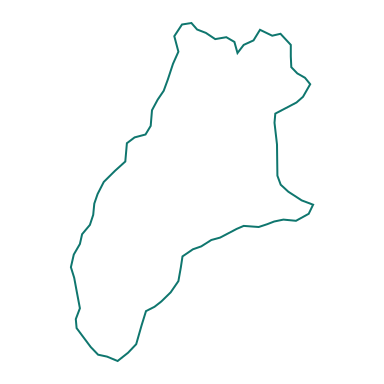 the district of Canitar, São Paulo, Brazil
{"feature_id": "56859067B3303827607689", "entity_name": "Canitar", "entity_type": "district", "adm_level": 2, "iso_a3": "BRA", "parent_name": "Brazil", "parent_adm1": "São Paulo", "projection": "natural_earth1", "projection_center": [-49.789, -23.022], "detail": "fine", "context": "isolated", "style": "outline", "palette": "teal", "viewbox_px": 384, "rotation_deg": 0, "n_neighbors": 0, "source": "geoboundaries", "source_scale": "gbopen_adm2", "svg_char_len": 1081}
<svg xmlns="http://www.w3.org/2000/svg" viewBox="0 0 384 384"><path d="M260.0,29.8L253.5,40.4L243.7,44.9L237.5,53.0L234.4,41.9L226.3,37.2L215.2,39.1L205.9,32.9L197.1,29.5L191.4,23.0L182.0,24.5L174.3,36.2L178.4,51.7L173.0,63.8L167.8,79.6L163.7,90.8L157.7,99.6L152.0,110.2L150.7,125.9L145.5,134.5L134.6,137.4L126.9,143.2L125.3,161.5L115.0,170.8L103.8,181.9L97.6,194.0L94.3,203.6L93.2,214.9L89.9,224.9L82.1,234.2L79.9,244.0L73.8,254.5L70.9,267.2L74.2,277.8L76.6,290.8L79.9,308.3L75.8,319.1L76.6,328.1L90.7,347.0L98.1,354.7L107.0,356.6L117.6,361.0L128.0,352.8L136.2,344.2L141.6,325.3L146.0,311.1L154.5,306.8L161.3,301.5L170.7,292.3L178.4,281.1L180.8,267.6L182.5,256.4L192.9,249.3L201.2,246.4L211.3,240.0L220.1,237.6L236.7,228.9L243.7,225.9L258.7,227.0L267.2,224.2L274.2,221.5L283.4,219.6L296.0,220.8L308.7,213.8L313.1,204.7L301.7,200.4L288.3,191.7L280.7,184.7L277.4,175.7L277.0,144.5L274.5,122.8L275.3,113.6L296.5,102.5L303.0,96.8L310.2,84.2L305.0,77.8L297.3,73.4L291.3,67.2L290.8,56.4L290.8,44.9L280.5,33.8L272.2,35.7L260.0,29.8Z" fill="none" stroke="#0f766e" stroke-width="2"/></svg>